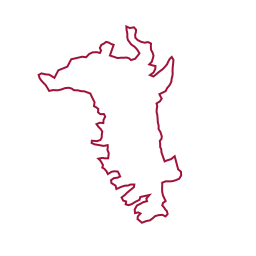 outline of Dona Emma, Santa Catarina, Brazil, rotated 250°
{"feature_id": "56859067B98019570265908", "entity_name": "Dona Emma", "entity_type": "district", "adm_level": 2, "iso_a3": "BRA", "parent_name": "Brazil", "parent_adm1": "Santa Catarina", "projection": "robinson", "projection_center": [-49.782, -26.987], "detail": "fine", "context": "isolated", "style": "outline", "palette": "rose", "viewbox_px": 256, "rotation_deg": 250, "n_neighbors": 0, "source": "geoboundaries", "source_scale": "gbopen_adm2", "svg_char_len": 2969}
<svg xmlns="http://www.w3.org/2000/svg" viewBox="0 0 256 256"><g transform="rotate(250 128 128)"><path d="M205.0,72.3L206.7,68.7L208.9,65.4L208.4,62.2L205.3,62.0L202.7,62.6L200.0,63.7L196.5,65.3L193.1,66.0L189.8,66.6L189.3,70.5L187.5,74.7L187.0,78.3L187.0,82.6L186.0,86.2L184.3,88.6L182.0,90.1L180.5,93.8L178.5,96.8L177.5,99.4L175.8,101.4L173.3,104.4L170.4,104.6L167.6,104.9L163.7,105.4L160.2,103.5L158.2,105.3L156.0,106.6L153.1,105.2L150.5,106.7L149.3,110.2L146.4,110.4L144.0,107.8L141.1,106.5L142.6,103.2L142.4,99.7L139.3,100.6L136.0,102.1L133.3,102.6L131.0,101.2L128.1,100.1L126.2,98.0L126.2,94.5L128.4,89.7L126.3,88.7L124.1,91.0L122.5,93.8L121.1,96.2L119.4,99.2L118.9,103.0L116.7,102.4L114.6,101.2L110.9,101.3L108.7,100.2L106.3,99.0L107.3,96.2L108.7,93.6L109.3,89.7L107.1,90.8L104.3,91.4L101.6,91.8L99.6,90.3L97.8,91.8L94.7,93.0L91.6,93.3L92.5,97.7L92.0,100.4L90.6,103.5L87.7,103.9L85.1,104.0L84.9,101.2L85.7,97.6L84.8,94.2L81.9,93.6L78.1,96.6L74.6,96.2L75.0,101.4L74.9,105.2L73.9,108.4L74.0,111.1L72.7,114.6L70.4,113.3L69.2,109.8L67.5,105.0L66.2,102.3L64.9,98.2L61.4,98.7L59.6,101.1L57.1,99.7L55.3,102.1L55.2,105.4L56.1,109.8L56.6,114.3L58.9,115.9L58.5,119.5L57.7,125.2L55.4,121.1L52.7,120.8L53.1,117.0L52.5,113.7L52.1,109.8L49.1,106.4L45.6,105.5L45.2,108.7L43.4,110.5L41.6,107.0L39.2,105.8L36.9,107.2L34.2,108.7L34.3,113.4L33.7,117.0L34.7,120.3L35.9,123.3L35.7,126.5L34.7,130.5L32.1,133.0L33.6,135.8L36.6,136.1L38.7,135.2L41.0,134.7L43.6,133.7L45.7,135.4L46.5,138.4L49.4,138.1L52.9,137.8L56.3,138.3L59.4,139.3L62.5,140.6L64.9,141.4L65.0,145.3L63.8,148.3L63.0,150.8L62.6,154.2L62.8,158.7L65.3,161.8L68.8,162.8L72.0,161.0L85.5,162.2L84.0,157.8L84.2,153.7L84.1,151.0L93.6,151.1L96.8,152.0L99.0,151.7L102.1,152.8L105.0,153.5L106.4,155.8L108.6,156.9L112.8,157.1L116.7,156.4L119.7,157.6L123.3,158.0L126.6,159.0L130.2,160.0L133.2,160.3L136.2,161.6L138.6,163.0L141.3,163.2L142.1,167.0L144.0,169.7L146.8,169.3L149.1,169.1L149.4,173.0L149.8,176.0L152.1,178.4L154.0,181.7L156.6,184.5L159.4,185.9L161.7,187.5L163.8,188.6L166.5,189.4L169.8,190.8L173.8,192.8L176.5,194.0L179.8,193.4L178.6,190.8L176.6,188.5L174.5,186.5L173.2,184.3L171.4,180.7L170.2,176.5L169.0,173.4L167.7,169.5L170.2,166.8L171.4,170.9L174.1,173.8L176.9,175.0L178.4,172.5L180.5,169.7L182.1,173.0L184.8,175.1L187.2,176.7L190.2,176.9L193.6,176.4L197.0,177.4L199.5,178.5L201.9,176.2L202.4,172.9L204.4,169.9L207.4,167.1L210.3,165.8L213.4,166.7L215.2,168.1L217.5,169.2L220.6,168.0L221.3,163.9L223.9,161.2L220.7,160.2L217.1,159.7L213.5,158.4L210.9,158.0L208.6,158.7L205.6,159.5L202.2,161.9L199.3,163.2L196.5,163.9L194.2,164.3L192.5,161.6L190.6,158.4L190.8,154.1L193.1,152.8L194.7,150.8L195.4,148.2L196.5,145.2L197.3,142.1L202.3,135.8L211.1,143.0L212.5,141.1L215.0,139.0L216.4,136.8L215.6,134.4L215.2,131.3L212.8,128.9L210.0,129.2L208.1,127.3L209.9,124.7L211.2,120.5L210.8,116.7L208.8,112.9L210.6,109.5L212.0,98.2L206.4,92.0L206.0,82.2L200.3,76.0L205.0,72.3Z" fill="none" stroke="#9f1239" stroke-width="2"/></g></svg>